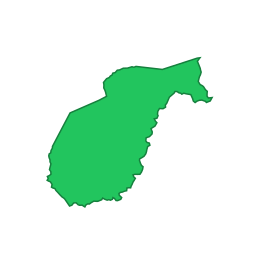 Arroio dos Ratos, Rio Grande do Sul, Brazil, rotated 30°
{"feature_id": "56859067B98518446358605", "entity_name": "Arroio dos Ratos", "entity_type": "district", "adm_level": 2, "iso_a3": "BRA", "parent_name": "Brazil", "parent_adm1": "Rio Grande do Sul", "projection": "albers", "projection_center": [-51.722, -30.177], "detail": "fine", "context": "isolated", "style": "filled", "palette": "green", "viewbox_px": 256, "rotation_deg": 30, "n_neighbors": 0, "source": "geoboundaries", "source_scale": "gbopen_adm2", "svg_char_len": 2223}
<svg xmlns="http://www.w3.org/2000/svg" viewBox="0 0 256 256"><g transform="rotate(30 128 128)"><path d="M185.6,59.6L184.0,60.8L182.6,61.8L180.6,61.0L179.4,58.9L178.3,56.6L175.9,56.1L172.6,54.4L170.7,54.2L168.7,54.3L165.6,52.6L164.7,49.7L164.2,47.6L164.1,45.7L163.4,43.0L161.8,41.5L160.7,40.2L154.7,35.5L155.2,31.2L153.0,32.9L128.5,60.1L104.1,70.7L102.8,72.4L100.8,73.0L97.6,76.4L94.0,78.6L91.7,81.9L89.8,83.3L89.2,86.4L87.4,88.1L87.7,90.1L86.7,91.9L86.5,93.7L84.8,96.0L84.0,100.8L85.6,102.7L87.0,105.4L89.2,106.9L90.8,108.3L93.6,111.3L89.1,118.4L70.3,143.9L71.5,174.5L71.8,181.7L72.6,183.3L72.6,185.9L73.5,188.2L72.7,189.8L73.3,191.7L74.6,193.2L76.3,194.5L77.4,196.3L79.2,197.6L80.8,203.3L83.0,204.4L84.4,206.6L83.6,208.6L82.4,210.3L84.2,211.6L84.1,213.7L85.6,213.7L87.7,213.4L89.1,214.1L90.5,214.9L91.3,217.5L92.8,217.5L95.0,217.0L96.8,218.1L99.2,218.8L102.2,219.8L105.4,220.7L107.4,220.8L108.9,221.2L116.4,224.8L118.0,222.9L118.4,220.1L120.5,218.7L123.2,219.4L124.7,219.1L126.9,217.7L128.4,217.9L130.1,217.9L130.0,215.8L130.9,214.0L132.6,213.1L133.5,211.0L135.0,208.4L136.5,207.7L138.5,206.6L141.1,203.3L141.1,201.4L143.7,201.3L146.0,200.9L147.3,199.6L148.9,199.3L150.2,197.5L149.8,195.8L151.6,195.8L153.9,196.8L155.3,196.1L157.4,193.4L157.3,191.4L155.7,191.0L154.0,190.6L152.9,189.2L153.7,187.5L155.3,186.2L156.5,184.5L158.2,183.0L157.1,180.5L158.6,179.3L160.2,178.5L159.8,176.9L159.7,174.6L159.4,172.5L159.5,170.3L159.5,167.9L157.3,167.4L155.8,166.0L157.1,164.7L159.4,163.4L161.5,162.1L161.7,159.4L161.3,156.5L160.4,154.0L158.5,153.7L156.9,152.7L155.4,151.4L154.2,150.4L153.5,148.9L154.7,147.0L156.0,144.5L156.3,141.5L155.8,139.2L155.1,137.3L154.3,134.2L155.6,132.0L154.0,130.4L151.7,131.0L149.8,130.2L148.6,127.4L150.9,124.7L151.8,121.2L151.0,119.3L148.2,117.0L150.4,112.9L150.4,109.0L148.2,108.3L146.1,106.8L148.2,105.2L147.9,102.3L146.7,101.4L145.5,98.8L145.5,95.4L148.7,93.8L150.1,91.2L148.8,89.3L149.2,87.5L148.9,84.8L148.4,80.6L150.5,74.7L150.4,72.9L152.3,71.9L154.6,72.1L156.2,71.5L157.7,71.8L158.9,70.0L161.3,69.3L163.2,68.6L165.7,67.7L169.2,70.2L171.1,72.0L173.4,72.4L174.5,70.0L176.0,68.3L178.0,66.9L181.7,66.2L183.1,66.7L185.7,63.5L185.6,59.6Z" fill="#22c55e" stroke="#15803d" stroke-width="1.5"/></g></svg>